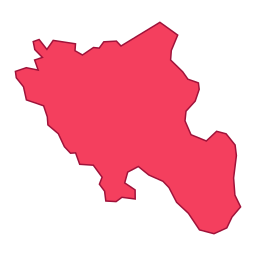 outline of Kanlikul, Karakalpakstan, Uzbekistan
{"feature_id": "79887680B11359237520420", "entity_name": "Kanlikul", "entity_type": "district", "adm_level": 2, "iso_a3": "UZB", "parent_name": "Uzbekistan", "parent_adm1": "Karakalpakstan", "projection": "robinson", "projection_center": [59.048, 42.737], "detail": "fine", "context": "isolated", "style": "filled", "palette": "rose", "viewbox_px": 256, "rotation_deg": 0, "n_neighbors": 0, "source": "geoboundaries", "source_scale": "gbopen_adm2", "svg_char_len": 925}
<svg xmlns="http://www.w3.org/2000/svg" viewBox="0 0 256 256"><path d="M26.4,99.9L43.6,105.8L47.3,116.8L47.9,124.9L58.3,133.7L64.4,146.7L70.5,153.2L75.6,152.9L79.7,164.3L93.3,165.2L102.1,177.2L99.4,184.2L104.6,191.2L105.8,201.0L116.1,201.6L121.9,197.3L135.2,199.0L135.1,189.9L124.7,182.9L127.7,172.1L138.3,166.5L148.8,175.0L163.0,181.3L169.0,187.6L176.6,202.3L188.4,213.3L199.5,229.9L214.0,233.7L226.8,227.9L232.0,217.0L240.6,206.9L234.9,195.1L233.6,178.0L236.4,155.6L235.1,145.0L226.1,133.8L216.6,131.3L206.3,141.0L191.0,134.7L185.0,120.9L186.0,111.2L195.2,101.1L199.2,89.3L198.4,82.9L187.9,79.2L182.7,71.8L170.6,60.0L171.3,50.5L177.7,35.1L159.9,22.3L121.0,46.0L116.4,41.1L103.8,41.8L99.2,48.1L93.5,47.5L82.4,55.0L75.0,50.7L75.5,43.8L53.2,40.4L46.9,49.4L39.1,39.5L33.2,41.6L34.8,49.6L42.4,57.4L34.6,60.0L38.2,70.1L26.3,67.7L15.4,71.4L16.3,77.8L23.5,86.8L26.4,99.9Z" fill="#f43f5e" stroke="#9f1239" stroke-width="1.5"/></svg>